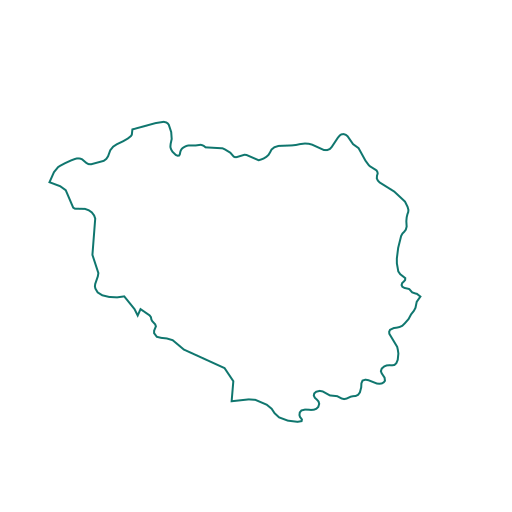 the Metropolitan department of Corrèze, rotated 242°
{"feature_id": "FRA-5280", "entity_name": "Corrèze", "entity_type": "Metropolitan department", "adm_level": 1, "iso_a3": "FRA", "parent_name": "France", "parent_adm1": "", "projection": "mercator", "projection_center": [1.862, 45.347], "detail": "fine", "context": "isolated", "style": "outline", "palette": "teal", "viewbox_px": 512, "rotation_deg": 242, "n_neighbors": 0, "source": "natural_earth", "source_scale": "10m", "svg_char_len": 3116}
<svg xmlns="http://www.w3.org/2000/svg" viewBox="0 0 512 512"><g transform="rotate(242 256 256)"><path d="M251.3,134.5L253.5,134.2L263.3,129.1L259.0,123.6L266.1,123.8L282.2,120.7L284.7,113.9L288.8,107.1L293.5,101.8L298.2,99.1L302.6,98.9L304.8,99.5L306.8,100.9L312.2,106.7L314.9,108.8L333.8,112.1L364.5,131.6L367.8,132.1L371.6,131.5L374.9,129.8L377.9,127.1L382.8,118.3L384.5,117.3L403.4,118.9L409.5,115.9L418.1,108.3L424.9,117.0L427.4,123.0L427.6,125.4L427.6,131.0L427.2,137.7L426.7,141.5L426.3,143.4L425.7,144.7L424.7,146.3L423.1,147.8L417.8,149.9L415.8,151.2L414.4,153.5L411.5,166.2L412.0,169.4L413.5,172.2L417.8,177.0L419.6,181.2L420.0,185.6L419.7,192.6L419.9,198.0L420.6,201.8L421.4,203.3L425.8,206.3L420.5,229.7L417.8,237.5L416.0,239.5L414.5,240.3L412.8,240.6L405.2,239.3L398.9,236.5L395.1,233.3L393.0,231.9L391.8,231.4L389.8,231.1L387.3,231.2L382.9,232.6L381.3,233.9L380.8,235.2L381.4,236.3L382.3,237.1L383.3,237.9L384.2,238.8L384.9,239.8L385.5,240.9L385.8,242.2L385.9,243.8L385.9,245.3L385.7,246.9L385.3,248.2L382.0,254.4L380.2,259.3L379.0,260.6L377.7,261.6L375.6,262.5L366.8,277.0L364.7,278.6L359.3,281.8L354.2,283.0L353.1,283.9L352.4,285.3L350.8,293.4L349.6,295.1L339.3,303.3L338.8,305.9L338.5,308.5L338.7,311.7L339.4,314.5L341.0,317.2L342.7,319.7L343.4,323.3L342.6,327.6L336.8,339.6L335.2,343.6L334.2,347.2L332.3,352.1L330.3,355.3L328.0,357.8L317.7,365.7L316.1,368.6L315.8,371.4L316.7,374.0L322.0,383.8L322.8,385.8L323.2,387.1L323.3,387.9L323.2,388.8L322.5,390.6L320.8,392.2L318.7,393.1L309.2,394.2L303.1,397.2L288.8,397.4L283.3,398.2L281.8,398.7L275.0,402.6L273.0,402.6L271.6,402.1L270.2,400.6L267.8,399.1L265.4,399.0L262.9,399.7L248.0,408.3L234.0,413.1L228.2,412.9L225.1,412.2L223.3,411.0L221.8,409.3L219.4,407.2L216.2,405.1L211.2,402.8L208.9,400.6L207.8,398.2L207.1,395.9L205.6,393.6L196.5,385.4L187.7,379.2L183.3,376.9L175.6,374.4L172.2,374.8L166.4,377.4L164.8,376.4L164.1,374.6L163.5,372.4L162.0,370.9L160.1,370.8L158.1,372.1L155.7,374.9L154.8,375.8L150.6,376.8L148.0,379.2L147.1,380.3L143.0,382.1L140.1,376.4L135.4,372.5L133.5,369.7L131.7,365.6L128.7,361.1L126.7,355.8L125.7,352.4L125.9,349.5L126.6,346.8L127.7,343.8L127.9,339.7L126.6,338.0L124.7,337.2L109.5,338.0L106.6,337.2L103.0,335.9L97.8,332.4L95.5,329.6L94.8,327.1L95.6,324.8L96.9,322.6L98.0,320.1L98.3,317.4L97.6,314.2L95.7,312.2L93.4,311.9L88.2,312.4L85.3,311.3L84.5,309.5L84.4,307.3L85.2,305.1L86.6,302.9L93.5,297.0L95.4,294.6L96.0,291.6L94.1,289.3L90.6,287.2L86.8,283.7L85.5,281.0L85.6,278.3L86.6,276.0L87.3,273.7L87.6,269.0L88.3,266.6L90.0,264.7L94.1,261.9L98.2,255.8L105.1,251.3L107.0,248.9L107.9,245.4L107.3,242.9L105.6,241.5L103.2,241.4L100.7,242.3L98.2,242.9L95.8,242.4L93.5,240.1L92.8,237.5L93.1,235.0L94.2,232.4L95.9,229.8L97.4,227.1L98.3,223.6L97.3,221.2L95.2,219.7L93.3,219.3L90.1,219.8L88.8,218.7L90.1,214.8L95.7,206.8L102.7,200.6L108.5,198.6L113.8,198.1L119.6,195.7L129.3,187.9L132.8,182.3L139.2,166.3L156.1,177.2L171.8,175.6L207.2,148.4L220.8,142.9L225.1,138.5L228.2,133.9L231.2,130.5L235.7,129.8L237.9,131.0L240.9,134.6L243.0,134.9L247.2,133.8L249.0,133.8L251.3,134.5Z" fill="none" stroke="#0f766e" stroke-width="2"/></g></svg>